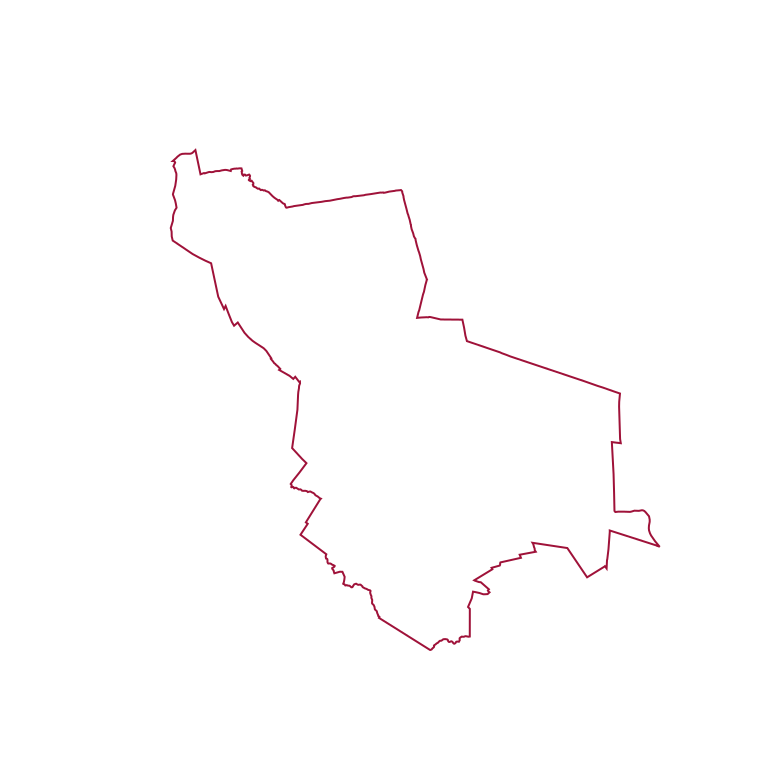 Costeiu, Timis, Romania (Robinson projection), rotated 227°
{"feature_id": "2599482B27087775210367", "entity_name": "Costeiu", "entity_type": "district", "adm_level": 2, "iso_a3": "ROU", "parent_name": "Romania", "parent_adm1": "Timis", "projection": "robinson", "projection_center": [21.905, 45.75], "detail": "fine", "context": "isolated", "style": "outline", "palette": "rose", "viewbox_px": 768, "rotation_deg": 227, "n_neighbors": 0, "source": "geoboundaries", "source_scale": "gbopen_adm2", "svg_char_len": 6155}
<svg xmlns="http://www.w3.org/2000/svg" viewBox="0 0 768 768"><g transform="rotate(227 384 384)"><path d="M216.1,550.1L221.5,547.2L232.2,541.6L236.8,539.0L249.6,532.3L318.0,495.2L321.8,493.4L326.3,491.1L327.9,490.5L358.8,473.9L363.8,476.5L370.6,481.0L377.6,485.2L392.5,469.5L401.3,463.6L402.3,462.7L402.5,461.9L403.7,460.8L407.5,456.3L409.8,453.3L413.1,458.3L413.9,460.0L422.8,473.5L424.2,476.1L428.2,481.8L430.5,485.6L431.3,486.5L431.2,486.7L438.0,489.4L441.1,491.3L450.1,496.0L452.9,497.7L456.5,499.5L457.8,500.0L463.2,502.7L467.6,505.2L468.8,506.1L469.6,506.1L471.6,506.6L474.3,508.1L478.4,509.8L481.2,511.5L482.0,512.3L482.6,512.4L486.6,514.8L489.6,516.2L491.5,517.2L492.5,517.5L496.8,519.9L504.9,524.2L507.5,525.8L508.0,526.3L511.5,527.9L512.5,528.7L514.3,528.7L514.8,527.9L517.4,524.6L517.9,523.6L521.1,519.1L523.0,515.7L524.0,514.2L524.4,514.2L524.9,513.7L525.3,513.1L526.5,511.9L532.0,503.7L535.0,499.5L535.7,498.1L540.8,491.2L541.9,490.0L542.4,489.2L542.6,488.5L542.9,487.7L545.2,484.4L545.8,483.8L547.2,481.8L549.6,477.9L551.0,475.9L555.0,469.4L557.9,465.6L559.8,462.6L565.6,454.6L567.2,451.7L568.9,449.7L569.9,447.9L570.3,446.9L575.5,439.5L576.1,438.3L578.4,434.8L579.1,433.4L579.6,432.8L580.3,432.8L582.2,433.5L582.9,434.0L583.5,434.1L583.7,433.8L585.2,433.3L590.0,432.9L590.2,432.5L590.2,431.6L591.3,431.7L594.8,430.9L597.4,430.6L602.9,430.5L604.2,430.0L605.6,429.2L606.9,429.0L607.0,428.9L607.4,428.1L609.0,427.4L609.4,427.0L609.7,426.3L609.9,426.1L611.7,426.0L612.2,425.9L612.7,425.0L614.2,424.5L614.5,424.6L615.0,424.5L616.7,423.6L617.8,423.4L618.0,423.7L619.0,423.8L619.3,424.0L619.3,424.7L620.0,425.5L622.8,425.8L622.9,425.4L623.3,424.8L624.6,424.3L625.3,424.2L625.5,424.4L625.5,424.7L625.3,425.8L626.5,426.1L627.1,427.4L627.6,428.0L629.0,428.3L629.2,428.1L630.0,426.2L630.7,425.1L631.1,425.0L631.6,425.2L631.8,424.9L632.3,424.8L632.9,424.1L632.9,423.9L632.4,423.2L632.7,423.1L633.7,423.1L634.8,423.6L635.8,424.4L636.5,424.8L636.5,425.6L638.9,426.8L640.3,425.4L641.4,423.8L642.4,422.9L642.5,422.5L643.4,421.6L644.3,420.2L645.2,418.5L645.0,418.1L644.3,417.2L647.7,415.0L649.0,413.8L650.9,411.0L652.1,408.7L654.3,406.3L655.1,404.9L655.3,404.1L655.9,403.2L656.7,402.2L658.0,401.1L658.5,400.4L660.3,396.5L661.0,396.3L662.5,392.8L682.5,404.9L683.7,405.6L683.7,401.5L684.0,400.4L684.6,399.3L687.9,395.8L689.9,393.4L690.8,391.4L691.1,388.0L691.0,386.4L691.1,381.6L690.4,382.3L689.6,382.5L688.6,382.4L688.3,382.2L688.0,381.2L686.9,378.5L684.6,378.0L682.8,377.2L682.3,376.8L679.8,375.8L678.5,374.8L675.3,371.5L671.3,366.5L666.8,359.1L666.4,358.8L660.9,356.5L658.1,354.9L654.4,352.5L653.6,349.5L651.4,345.3L649.9,343.5L647.3,340.9L643.5,334.4L640.3,332.6L636.7,329.4L633.0,327.3L609.5,332.7L602.3,335.1L595.9,337.5L590.2,339.9L560.9,322.3L547.9,318.1L549.1,321.4L541.5,318.3L533.0,315.0L528.9,314.1L528.7,319.0L516.6,316.9L510.8,316.8L505.3,317.3L501.9,318.0L492.2,320.4L488.4,320.5L479.6,319.1L479.6,318.4L476.0,318.2L474.1,317.9L472.9,318.2L471.8,318.1L469.6,318.4L465.8,318.4L465.8,316.9L454.3,320.5L449.6,321.1L449.8,324.0L443.4,323.4L443.1,324.2L441.6,322.9L441.1,321.7L440.4,320.5L438.8,318.8L436.7,316.0L434.8,313.9L424.2,303.1L411.8,288.0L399.8,273.1L385.0,273.0L379.0,273.3L376.9,261.6L375.5,252.1L374.5,247.6L373.7,247.6L373.1,247.5L372.5,247.0L371.9,245.9L371.6,245.9L371.3,246.2L370.9,247.2L370.4,247.4L370.0,247.4L369.1,247.1L368.8,247.3L368.7,248.1L368.0,249.0L364.9,249.8L364.0,251.0L363.1,251.3L361.8,251.3L360.6,252.4L359.7,253.5L358.3,254.5L356.9,254.6L356.3,255.9L355.5,256.9L354.1,257.3L352.2,258.1L350.9,258.2L349.4,258.0L346.9,258.8L344.4,259.1L343.2,259.6L343.2,258.8L336.1,232.5L333.8,232.9L330.7,220.1L298.8,225.7L298.2,224.5L297.6,223.7L296.9,223.2L295.9,222.6L295.5,222.9L295.0,223.1L294.6,223.1L293.8,222.6L292.3,221.2L291.2,220.8L290.7,220.8L289.5,222.2L288.4,222.7L287.0,222.9L286.2,223.4L284.7,223.9L284.3,223.4L284.3,222.6L284.7,220.8L284.7,220.5L284.0,220.1L282.2,220.0L281.6,219.8L281.0,219.3L279.4,218.6L276.8,223.7L275.0,225.5L269.8,223.7L268.0,221.6L266.4,219.4L265.7,217.9L265.3,217.9L264.7,218.4L264.2,218.5L263.1,218.3L262.7,218.7L262.3,219.6L261.2,220.1L260.1,221.1L259.5,221.3L257.6,221.5L257.2,221.9L257.0,222.4L257.8,225.4L257.3,226.8L256.8,227.5L255.4,227.8L254.6,228.3L253.7,229.6L253.2,230.0L250.7,230.2L250.1,229.9L249.4,230.0L248.7,230.3L247.6,230.6L246.4,231.3L245.4,231.7L244.5,231.9L242.5,233.1L241.8,233.0L241.1,231.9L240.6,231.4L238.7,230.5L237.4,230.1L236.2,228.9L234.1,228.1L231.9,225.8L231.3,225.6L229.4,225.7L227.6,225.1L225.5,223.7L224.7,223.6L223.4,223.8L222.6,223.7L221.8,223.2L220.6,222.6L219.2,222.2L218.4,221.6L217.6,221.8L216.7,221.8L216.4,220.8L158.1,236.3L157.8,236.6L157.4,237.8L157.6,239.1L157.5,240.9L157.8,241.6L158.6,242.1L158.7,242.5L158.4,244.1L158.4,245.6L158.0,246.8L158.1,248.3L158.1,249.3L158.0,249.8L157.1,251.0L157.0,252.2L156.9,253.2L156.6,253.7L155.4,255.1L153.9,256.1L153.3,256.1L151.9,255.5L151.1,255.6L150.8,255.8L150.4,256.5L150.1,257.5L149.7,257.9L148.8,258.2L147.7,258.0L146.7,258.0L146.2,258.2L146.0,258.5L145.8,259.6L146.2,260.9L146.1,261.3L145.5,262.1L144.4,263.0L145.0,264.7L146.0,265.4L146.5,266.0L146.5,267.2L146.2,268.6L146.0,268.8L145.2,269.4L144.5,270.4L144.2,271.3L143.7,271.9L141.6,273.4L140.8,274.5L161.0,293.4L163.6,293.4L167.4,302.0L171.4,307.5L169.5,308.9L166.0,311.3L162.5,313.2L161.4,314.4L159.7,316.5L159.7,319.1L161.0,318.9L162.1,319.1L162.3,320.7L173.0,319.6L174.5,318.3L178.3,316.3L178.9,316.1L174.6,336.9L176.2,337.3L172.3,344.8L172.6,345.6L173.8,346.8L174.1,347.5L163.5,365.6L166.6,366.8L157.8,380.6L158.3,380.7L159.5,380.8L161.0,382.0L162.4,382.5L164.9,383.9L166.6,384.3L139.0,406.2L104.1,400.7L100.1,420.7L100.1,421.3L97.3,421.0L103.2,427.1L103.5,427.7L110.0,435.4L121.9,448.3L122.9,449.2L79.8,473.3L79.3,473.3L78.3,474.0L76.9,474.6L84.0,475.0L91.0,476.0L93.4,476.7L96.2,478.0L97.9,479.3L99.8,481.3L102.0,484.3L103.6,485.8L106.5,487.6L111.8,487.9L113.6,487.8L115.0,487.2L115.8,486.5L117.4,483.9L120.6,480.7L121.9,478.0L122.7,476.7L127.0,472.4L130.9,468.2L132.6,465.9L134.0,466.0L147.2,477.8L161.6,490.5L186.1,511.0L179.2,516.8L182.7,519.1L207.1,540.5L210.6,543.9L216.1,550.1Z" fill="none" stroke="#9f1239" stroke-width="2"/></g></svg>